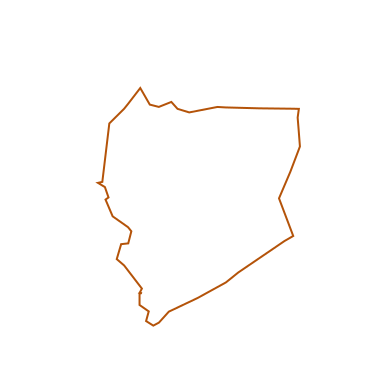 outline of Edgecombe, North Carolina, United States of America, rotated 217°
{"feature_id": "52423323B70191096340294", "entity_name": "Edgecombe", "entity_type": "district", "adm_level": 2, "iso_a3": "USA", "parent_name": "United States of America", "parent_adm1": "North Carolina", "projection": "albers", "projection_center": [-77.591, 35.915], "detail": "fine", "context": "isolated", "style": "outline", "palette": "amber", "viewbox_px": 384, "rotation_deg": 217, "n_neighbors": 0, "source": "geoboundaries", "source_scale": "gbopen_adm2", "svg_char_len": 817}
<svg xmlns="http://www.w3.org/2000/svg" viewBox="0 0 384 384"><g transform="rotate(217 192 192)"><path d="M156.7,322.7L158.5,321.4L160.9,319.7L188.5,299.4L216.0,279.8L222.9,275.2L242.1,253.9L253.6,249.7L262.7,251.5L269.7,240.0L278.3,236.4L295.9,243.9L296.1,223.8L296.3,217.6L299.3,197.0L269.7,146.1L272.6,142.7L264.5,143.5L255.4,137.4L256.5,133.9L240.7,124.8L221.9,125.4L216.8,124.1L212.0,112.6L217.2,107.7L211.7,93.1L202.0,92.5L173.9,84.7L173.2,80.4L173.2,80.2L172.8,80.5L172.7,80.5L172.3,80.6L171.9,80.7L171.8,80.4L172.2,79.9L172.6,79.7L172.6,79.1L165.9,70.2L154.7,70.6L151.0,61.3L142.5,62.0L139.8,67.8L138.5,82.5L123.7,110.8L110.5,140.2L106.6,155.6L88.6,208.6L84.7,217.8L118.7,239.3L125.6,267.2L131.0,285.8L133.2,293.3L144.4,306.0L152.4,315.0L156.7,322.7Z" fill="none" stroke="#b45309" stroke-width="2"/></g></svg>